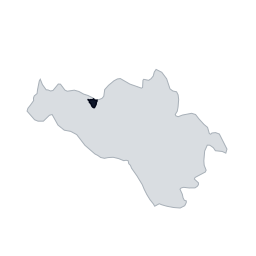 where Rogaška Slatina sits in Slovenia, rotated 227°
{"feature_id": "SVN-982", "entity_name": "Rogaška Slatina", "entity_type": "Municipality", "adm_level": 1, "iso_a3": "SVN", "parent_name": "Slovenia", "parent_adm1": "", "projection": "albers", "projection_center": [15.648, 46.24], "detail": "fine", "context": "in_parent", "style": "filled", "palette": "ink", "viewbox_px": 256, "rotation_deg": 227, "n_neighbors": 0, "source": "natural_earth", "source_scale": "10m", "svg_char_len": 2036}
<svg xmlns="http://www.w3.org/2000/svg" viewBox="0 0 256 256"><g transform="rotate(227 128 128)"><path d="M223.5,97.1L218.1,95.0L211.7,94.2L210.5,95.4L207.9,96.6L206.6,98.7L207.7,107.0L206.1,108.5L198.7,107.7L196.3,108.7L192.3,114.5L188.2,117.0L183.0,118.7L179.1,120.9L174.3,122.7L170.1,123.8L168.5,126.3L167.4,129.2L167.7,131.9L172.0,137.2L172.5,142.9L172.1,149.9L171.1,153.7L169.4,156.1L158.9,159.3L148.0,165.0L147.7,166.3L152.7,171.5L152.9,172.7L148.8,175.6L148.3,178.5L148.8,181.9L151.0,185.4L151.7,188.5L145.7,190.7L137.6,189.8L128.0,185.4L124.6,186.0L121.3,188.2L118.0,187.2L114.3,184.5L109.2,178.9L106.7,175.5L105.7,171.8L104.3,171.3L102.1,172.3L100.3,176.7L95.4,184.5L91.8,186.6L86.4,186.1L78.9,186.0L74.2,186.6L68.5,183.7L67.1,184.2L67.1,186.0L64.9,188.9L61.3,190.7L45.1,186.0L42.9,182.4L46.6,180.9L51.8,176.4L55.3,177.0L59.6,176.1L61.4,174.3L58.9,168.4L52.3,161.1L48.8,158.3L43.9,156.4L43.1,154.5L46.1,143.3L45.4,141.7L39.8,142.1L38.5,140.8L38.1,138.9L38.5,136.2L42.4,131.9L46.7,128.2L47.9,126.0L47.8,124.3L42.5,122.5L39.3,120.6L36.7,119.9L34.9,120.9L33.7,119.7L32.5,116.5L33.9,111.6L38.8,107.1L44.1,103.2L48.7,100.4L51.3,99.2L52.6,94.2L55.3,94.8L60.6,95.2L66.5,96.4L72.0,98.0L76.8,99.8L86.9,101.9L96.2,103.2L99.0,104.3L101.3,104.2L104.0,105.8L105.7,104.6L107.0,102.6L112.0,100.3L116.7,97.2L120.0,93.2L121.9,90.1L125.1,87.9L128.5,87.2L131.6,86.1L144.7,84.7L158.2,86.0L164.6,83.8L169.9,79.9L177.6,78.8L178.0,78.8L189.6,81.7L190.5,80.0L190.9,79.2L190.7,70.8L194.3,66.9L197.7,65.3L209.2,65.7L210.7,68.3L211.3,72.3L212.4,77.7L214.3,79.2L215.4,81.3L215.2,85.0L217.5,87.7L222.9,95.2L223.5,97.1Z" fill="#d9dde1" stroke="#a8b0b8" stroke-width="1"/><path d="M172.7,122.6L171.6,122.5L170.3,123.2L169.5,124.3L168.7,123.5L168.3,122.1L168.2,121.9L167.7,121.6L167.0,120.7L165.8,117.4L166.2,116.9L166.5,116.7L167.2,116.5L168.5,116.5L171.1,117.4L173.1,117.3L174.2,118.2L176.5,118.0L175.3,118.6L175.0,118.8L174.5,119.3L174.1,120.2L173.5,120.6L172.7,122.1L172.7,122.6L172.7,122.6Z" fill="#0f172a" stroke="#020617" stroke-width="1.5"/></g></svg>